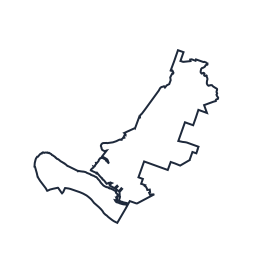 the district of Port Adelaide Enfield, South Australia, Australia, rotated 293°
{"feature_id": "25037944B47979939025085", "entity_name": "Port Adelaide Enfield", "entity_type": "district", "adm_level": 2, "iso_a3": "AUS", "parent_name": "Australia", "parent_adm1": "South Australia", "projection": "mercator", "projection_center": [138.548, -34.826], "detail": "fine", "context": "isolated", "style": "outline", "palette": "slate", "viewbox_px": 256, "rotation_deg": 293, "n_neighbors": 0, "source": "geoboundaries", "source_scale": "gbopen_adm2", "svg_char_len": 5623}
<svg xmlns="http://www.w3.org/2000/svg" viewBox="0 0 256 256"><g transform="rotate(293 128 128)"><path d="M218.5,175.9L218.4,175.1L218.8,174.3L218.7,172.3L218.2,171.7L217.7,163.8L216.3,163.9L216.1,159.9L215.9,159.4L215.3,158.5L214.0,159.4L210.6,153.3L210.4,152.7L210.2,150.1L219.5,149.5L219.1,143.6L207.5,144.4L198.0,144.8L198.1,145.0L197.5,145.1L197.5,145.5L198.2,146.4L197.8,147.0L196.5,148.3L195.4,148.1L195.3,147.4L191.1,147.1L188.7,148.6L184.5,148.8L182.4,147.0L179.7,146.2L180.5,144.8L179.7,144.0L178.7,142.7L177.2,142.0L174.4,141.7L151.1,136.3L146.4,135.1L145.1,134.4L143.3,134.4L142.8,134.6L141.6,135.4L142.5,134.0L130.5,134.6L130.6,134.4L122.0,126.5L121.9,126.9L121.4,127.8L121.2,127.7L120.9,128.3L120.7,128.3L120.8,128.1L120.7,128.0L120.4,128.3L120.3,127.8L119.9,127.6L118.3,127.5L117.7,127.7L117.5,128.3L117.4,128.2L117.4,127.7L117.1,127.3L116.4,127.2L115.1,126.5L114.6,126.7L114.3,126.0L114.4,125.5L114.0,124.8L112.6,123.5L111.4,122.5L108.9,119.7L105.9,114.7L105.9,114.2L104.4,111.0L103.8,110.4L102.6,109.9L101.6,109.9L100.9,110.0L99.4,111.4L98.9,111.6L97.8,112.8L97.7,113.4L97.5,115.5L98.1,116.4L98.8,116.9L99.0,117.2L91.1,115.1L91.5,115.4L91.6,116.0L91.5,117.5L91.1,120.6L90.6,121.6L90.0,122.3L89.2,122.8L88.8,123.5L88.5,123.7L88.2,123.6L88.3,123.1L88.6,122.5L89.4,121.4L89.3,120.6L90.1,119.9L90.5,116.2L90.5,115.9L90.2,115.5L90.6,115.2L90.4,115.0L89.4,114.6L89.3,114.2L88.3,113.9L87.9,113.9L87.7,113.7L87.1,113.6L86.6,113.8L86.1,113.8L83.7,113.1L83.5,112.9L83.5,112.3L83.4,112.1L83.0,112.4L82.8,112.8L80.4,112.2L79.9,112.3L79.8,112.1L79.0,111.8L79.0,111.4L78.7,111.7L78.3,111.7L76.1,110.5L75.0,110.2L74.5,110.3L74.4,111.6L74.3,115.9L74.1,116.2L74.4,116.2L74.8,116.7L74.2,118.0L73.9,118.2L73.6,119.1L72.8,120.6L72.0,122.4L71.7,123.6L71.5,124.0L71.2,123.9L70.5,125.4L70.6,125.8L70.1,127.0L69.5,128.1L69.3,128.3L69.2,128.7L69.0,128.8L68.4,130.0L68.6,130.1L68.8,130.7L69.9,131.6L70.0,131.8L69.8,132.1L70.8,132.9L70.6,133.2L70.8,133.3L70.7,133.6L71.0,134.0L71.0,134.7L70.4,134.2L69.8,134.0L69.8,133.7L68.7,133.1L67.9,133.8L67.4,139.0L70.6,140.5L70.1,141.4L67.3,140.1L66.2,144.4L66.9,144.8L67.1,144.6L69.9,145.4L69.6,146.4L65.7,145.2L61.5,147.3L61.5,147.5L61.1,147.6L61.1,147.4L57.7,148.1L57.7,149.2L57.5,149.4L57.4,149.4L57.5,150.2L57.1,150.6L57.2,150.8L57.6,150.7L57.7,150.9L57.8,152.0L57.7,152.5L58.4,156.0L57.4,156.2L57.2,155.9L56.7,155.9L56.9,155.3L56.2,154.5L56.4,154.3L55.8,152.9L55.6,151.2L55.4,149.4L55.7,147.7L55.3,147.4L55.2,146.2L55.5,146.0L55.8,146.6L56.2,146.4L55.9,144.9L56.4,144.3L56.7,146.3L56.8,146.2L56.7,145.6L57.0,145.5L57.1,146.2L57.1,145.5L57.3,145.5L57.2,145.2L57.4,145.2L57.6,146.2L57.5,145.2L57.8,145.2L57.8,145.5L57.9,145.2L58.0,145.2L58.1,145.8L58.9,145.4L58.9,144.8L59.0,144.7L59.0,144.9L59.6,144.8L59.8,144.5L60.3,144.5L60.4,145.0L60.7,145.3L60.9,145.3L61.0,145.1L62.5,144.7L62.6,144.4L63.0,144.0L63.6,142.4L64.0,142.0L64.9,142.0L65.4,138.1L65.5,135.3L65.3,135.2L65.2,134.9L65.2,133.8L65.4,133.5L65.6,133.5L65.6,132.6L65.4,132.5L65.2,131.8L65.3,130.7L65.1,130.4L65.3,129.2L65.4,128.0L67.2,124.0L67.6,123.6L68.4,122.4L69.4,120.1L70.3,118.5L70.4,117.6L70.3,117.2L70.5,115.7L70.6,114.7L70.4,113.9L70.5,113.3L70.4,112.3L70.5,111.9L70.7,111.7L70.7,109.5L70.6,107.9L70.8,106.7L70.8,106.1L70.5,104.1L70.2,103.7L70.1,102.8L69.8,102.1L69.2,99.6L68.5,98.7L68.3,98.1L68.5,98.6L69.1,99.1L68.9,98.3L69.5,87.7L69.4,87.5L69.4,87.1L70.2,84.8L70.3,84.0L70.5,83.7L70.4,83.3L70.7,82.7L70.6,82.0L70.9,81.2L70.9,80.1L71.2,78.6L71.6,77.3L72.0,75.9L71.8,75.1L72.1,73.9L72.2,73.6L72.3,73.7L73.1,71.4L73.1,70.7L73.5,69.3L73.4,68.6L73.9,67.7L74.0,67.3L74.0,66.4L74.3,65.5L74.3,65.0L73.9,64.7L73.9,64.1L73.8,63.9L73.7,63.6L73.9,63.4L73.6,63.0L73.5,62.4L72.9,61.1L72.3,60.5L72.4,59.3L72.1,59.0L71.2,58.4L71.0,58.5L70.9,58.2L70.4,58.1L69.8,57.4L66.2,56.2L66.0,55.6L63.9,55.2L62.7,55.3L59.5,55.8L55.9,57.0L56.0,57.5L50.8,61.7L47.7,63.9L47.7,64.2L47.3,64.5L45.1,67.6L40.3,76.0L38.6,78.1L38.7,78.3L38.9,78.4L39.3,78.9L40.8,80.2L42.8,82.8L45.6,86.8L45.6,87.1L42.8,91.5L42.1,92.8L43.7,93.4L48.1,93.5L48.4,94.3L49.1,97.0L49.4,98.8L50.1,108.8L50.1,112.1L49.7,116.2L49.2,118.2L48.4,120.8L47.8,122.4L45.8,126.0L43.8,132.1L42.6,135.1L41.6,137.0L40.2,139.0L39.3,141.4L39.3,141.9L39.0,143.0L38.5,144.2L38.0,145.9L37.1,149.4L36.7,151.5L36.5,155.2L52.8,157.3L61.4,158.2L61.8,164.4L61.9,165.3L62.2,165.9L77.2,178.1L75.3,174.2L75.5,174.0L76.7,172.7L77.6,173.4L79.8,172.1L78.5,170.0L79.8,168.9L81.4,166.8L81.2,166.6L81.5,166.2L81.4,166.1L81.6,165.8L81.4,165.6L81.9,164.9L82.0,165.0L81.8,161.9L86.9,161.6L86.7,156.9L103.5,155.9L104.9,181.0L113.4,180.6L113.7,184.9L113.8,190.7L122.6,197.3L122.7,197.2L131.1,196.7L131.4,200.8L135.4,200.5L135.4,200.4L138.3,200.2L137.6,187.8L137.3,186.3L136.5,183.6L135.7,179.4L155.5,178.2L156.0,186.9L164.2,186.4L172.2,185.7L172.7,194.8L178.8,189.1L185.7,196.5L187.1,198.3L188.0,197.9L188.5,198.0L188.9,198.2L189.8,199.3L190.1,199.4L191.2,199.1L191.4,198.8L192.0,197.7L193.1,196.5L193.4,196.4L194.3,196.6L194.8,196.5L195.7,195.4L196.6,195.2L197.9,195.1L198.7,194.7L198.9,194.2L199.1,192.5L199.3,191.6L199.4,190.5L199.9,189.1L200.2,188.6L200.0,187.9L199.6,187.1L199.1,186.7L199.0,186.3L198.4,185.7L198.4,185.3L198.8,184.3L199.5,183.4L200.1,183.0L202.2,182.3L203.5,182.2L204.3,181.9L205.0,181.4L205.9,180.4L206.8,180.1L207.0,179.7L206.0,178.5L206.0,178.2L206.0,177.9L206.2,177.5L206.6,177.3L208.0,177.1L208.3,176.4L208.3,176.0L208.1,175.7L207.6,175.2L207.2,175.0L206.9,174.5L207.5,173.3L208.1,172.9L209.1,172.6L211.0,172.3L212.1,172.7L212.9,173.7L214.2,174.6L214.9,174.9L215.7,174.8L216.3,175.1L216.7,175.5L217.3,176.3L217.6,176.3L218.5,175.9Z" fill="none" stroke="#1e293b" stroke-width="2"/></g></svg>